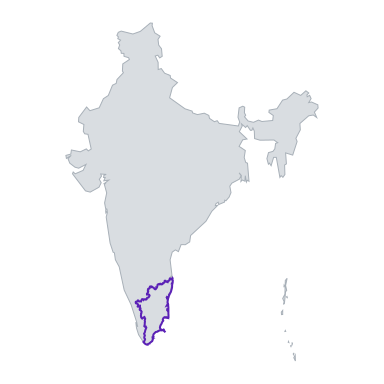 location of Tamil Nadu within India
{"feature_id": "IND-3263", "entity_name": "Tamil Nadu", "entity_type": "State", "adm_level": 1, "iso_a3": "IND", "parent_name": "India", "parent_adm1": "", "projection": "equal_earth", "projection_center": [78.435, 10.806], "detail": "fine", "context": "in_parent", "style": "outline", "palette": "violet", "viewbox_px": 384, "rotation_deg": 0, "n_neighbors": 0, "source": "natural_earth", "source_scale": "10m", "svg_char_len": 9162}
<svg xmlns="http://www.w3.org/2000/svg" viewBox="0 0 384 384"><path d="M65.9,155.4L70.8,154.1L71.4,150.0L80.3,151.8L86.3,148.9L88.3,150.9L91.2,149.0L88.0,134.3L84.7,133.8L83.3,131.4L83.9,124.5L78.5,121.8L78.8,117.4L86.6,107.0L89.9,110.7L99.2,107.8L103.4,98.7L108.3,95.5L112.5,85.2L116.2,83.4L117.0,79.5L123.4,72.7L122.4,71.0L122.8,63.9L129.4,59.5L128.6,57.7L124.0,56.3L123.9,53.4L121.3,53.3L120.9,50.8L118.4,48.6L119.7,45.0L118.3,42.6L120.6,40.1L117.8,38.7L118.4,36.9L116.9,35.4L118.3,32.3L121.2,31.1L132.9,34.0L140.3,31.4L150.3,23.0L152.4,23.2L152.1,25.7L154.7,32.8L160.1,36.2L158.0,39.4L158.7,45.1L161.5,48.8L162.2,56.3L159.7,57.9L157.8,55.2L155.2,56.0L158.1,62.3L158.2,69.5L161.3,68.6L164.6,73.2L170.2,75.5L170.5,78.0L177.5,82.6L172.4,87.5L169.6,97.8L185.0,108.8L192.1,111.1L192.6,112.9L197.4,114.6L204.3,113.2L208.8,115.4L209.5,118.4L214.4,121.7L217.2,120.7L219.2,123.4L238.3,126.0L239.7,122.0L238.0,117.3L239.1,107.9L242.8,106.2L244.7,107.2L244.4,112.8L245.7,115.2L244.5,116.8L248.1,121.0L253.5,122.3L258.5,120.1L261.9,121.5L272.7,120.5L273.3,115.5L268.9,112.4L269.2,110.1L277.0,108.7L282.6,100.1L286.9,99.0L294.0,92.3L300.7,95.4L305.9,90.8L308.8,93.0L306.9,94.9L307.2,96.8L309.6,95.3L311.1,98.6L308.7,102.6L311.5,102.0L317.8,104.8L318.1,108.0L314.4,112.1L316.7,117.5L313.3,115.0L308.7,115.8L299.9,123.5L300.3,129.9L295.9,138.3L297.1,141.5L292.7,155.1L285.6,152.9L286.4,163.9L284.6,165.0L284.9,174.5L282.9,177.3L281.1,175.6L279.9,177.4L276.3,157.4L273.6,157.4L271.1,165.7L269.4,163.1L268.4,164.2L266.9,158.6L268.5,152.6L272.9,151.4L274.8,148.9L275.6,143.4L277.7,142.7L274.0,140.0L260.0,140.2L254.6,138.6L254.3,131.1L252.9,127.9L251.9,130.3L250.4,130.3L247.2,125.6L245.6,127.5L241.5,123.9L242.2,126.1L239.3,131.7L247.0,139.0L242.7,139.8L239.1,146.4L245.3,150.5L244.2,157.5L245.7,162.4L247.5,163.2L249.0,181.3L247.3,180.2L246.4,182.1L245.3,175.7L244.9,181.2L242.3,180.0L240.9,181.5L241.4,175.5L239.1,172.8L241.1,175.8L239.3,179.2L231.9,183.1L229.8,186.2L231.0,192.6L229.1,197.1L225.9,200.8L224.7,200.2L224.5,202.1L218.8,204.5L218.2,202.2L215.9,203.7L215.3,205.7L217.7,205.3L211.8,211.3L206.0,221.2L190.6,235.5L189.7,241.9L185.3,244.7L181.1,244.6L178.4,251.6L175.4,249.9L172.2,252.1L170.1,259.8L172.4,279.0L171.1,276.2L170.2,277.5L172.8,280.5L167.0,305.3L168.4,306.7L168.3,317.4L163.6,318.2L160.2,326.6L160.9,329.4L164.4,331.1L160.5,330.2L155.5,332.2L153.4,334.8L152.2,341.0L147.3,344.7L143.2,341.8L138.6,334.7L136.5,328.0L135.8,322.2L137.7,326.9L136.7,322.2L131.1,304.7L124.2,290.1L119.2,266.8L115.4,259.8L114.4,252.8L113.1,252.2L110.1,243.1L106.2,217.0L107.4,212.5L107.2,210.9L105.9,213.0L105.7,211.8L105.8,209.2L107.3,209.4L105.6,208.4L104.6,202.9L106.7,192.9L104.4,184.6L105.4,183.4L104.3,183.5L108.8,180.1L103.8,180.8L105.2,177.5L103.6,177.5L103.9,175.3L106.2,174.4L100.7,174.0L101.5,176.1L99.3,179.3L101.2,182.7L99.0,187.2L90.2,192.1L85.5,190.9L72.5,173.8L73.2,172.0L75.2,173.8L83.1,170.4L86.0,164.4L78.7,168.2L75.0,167.2L69.8,163.2L68.0,158.7L71.2,155.4L66.4,158.4L65.9,155.4ZM284.5,302.6L282.7,298.5L284.9,294.2L285.3,280.5L287.1,278.3L285.6,285.6L286.7,290.4L285.6,291.7L284.5,302.6ZM295.2,355.0L295.4,361.0L293.8,357.7L295.2,355.0ZM282.7,314.5L281.5,314.6L281.3,312.1L282.7,310.4L282.7,314.5ZM291.1,345.5L291.0,347.2L290.7,345.6L291.1,345.5ZM292.5,343.1L292.0,345.4L292.1,342.9L292.5,343.1ZM294.0,352.9L293.6,354.7L293.2,354.0L294.0,352.9ZM285.7,331.4L284.9,331.5L285.3,330.5L285.7,331.4ZM284.2,303.5L283.4,304.4L283.8,302.9L284.2,303.5ZM287.0,296.5L287.5,298.2L286.5,296.9L287.0,296.5ZM288.9,342.6L288.2,342.3L288.5,341.4L288.9,342.6ZM284.2,285.5L283.9,287.3L284.1,285.3L284.2,285.5Z" fill="#d9dde1" stroke="#a8b0b8" stroke-width="1"/><path d="M168.4,311.4L168.4,314.1L168.5,314.6L168.5,316.7L168.5,317.7L168.4,317.8L167.9,318.0L167.7,317.9L167.8,317.7L167.6,317.5L166.4,317.3L166.3,317.5L166.7,317.5L167.1,317.8L167.6,317.8L167.7,318.0L165.7,317.6L166.2,317.3L166.2,317.2L165.8,317.2L165.5,317.2L165.5,317.3L164.9,317.5L164.7,317.5L164.3,317.3L163.5,318.0L163.2,318.4L163.1,318.9L163.0,319.0L162.8,319.3L162.9,320.2L163.0,320.6L163.2,320.8L162.9,321.2L162.5,321.6L162.0,322.6L161.8,323.1L161.6,323.4L161.6,323.7L161.1,324.4L160.5,325.3L160.5,325.7L160.2,326.1L160.1,326.6L160.0,327.2L159.9,327.7L160.0,327.9L160.1,328.4L160.4,328.8L161.1,329.6L161.4,329.8L161.8,329.9L163.0,330.0L163.6,329.5L163.8,329.6L163.7,330.1L163.9,330.5L164.8,331.5L164.7,331.6L164.0,330.9L163.4,330.4L162.2,330.1L161.9,330.3L161.5,330.4L161.0,330.1L160.6,330.1L160.3,330.1L160.1,330.4L159.8,330.4L159.3,330.5L159.0,330.7L158.7,330.8L158.3,331.2L157.8,331.2L157.7,331.3L157.5,331.6L157.4,331.7L156.1,331.9L155.7,332.0L155.4,332.3L153.8,333.9L153.6,334.2L153.3,335.0L153.2,336.0L153.1,336.5L153.3,336.3L153.5,336.3L153.6,336.0L153.6,336.3L153.5,336.5L153.2,336.7L153.1,337.1L152.9,337.4L152.9,337.5L153.0,337.6L152.7,337.6L152.9,338.0L153.0,338.4L152.8,339.7L152.7,340.0L152.4,340.4L152.2,341.2L151.7,341.5L149.9,342.9L149.6,343.5L149.4,343.5L148.4,343.8L148.0,344.0L147.7,344.3L147.7,344.7L147.2,344.7L146.7,344.6L145.5,344.1L145.2,343.8L144.6,343.4L143.6,342.2L143.9,342.1L144.1,342.0L144.1,341.4L144.6,340.6L144.5,340.1L144.5,339.8L144.6,340.0L144.8,339.9L145.0,339.6L145.1,339.2L145.0,338.9L144.4,338.2L144.3,337.9L144.2,337.1L144.7,336.1L144.9,335.3L144.8,335.1L144.4,334.8L144.1,333.5L144.5,333.0L144.7,332.7L144.9,332.0L145.4,329.8L145.7,329.3L146.0,328.2L146.3,327.8L146.3,327.5L146.2,327.4L145.7,326.4L145.4,326.4L145.0,326.7L144.8,326.7L144.7,326.4L144.4,326.3L144.3,326.2L144.8,324.0L144.7,322.8L145.0,321.9L144.7,320.5L145.1,319.2L145.2,318.8L144.9,318.5L144.8,317.8L144.5,317.2L144.4,317.0L143.3,317.6L142.8,318.2L142.4,318.5L142.2,318.6L141.9,318.4L141.6,317.9L141.2,317.5L141.2,316.7L141.0,316.4L140.9,316.0L140.9,315.6L141.0,315.2L141.1,314.6L141.0,313.6L141.1,313.3L141.4,313.2L141.5,313.0L141.5,312.4L141.6,311.8L141.6,311.6L141.3,311.4L141.1,310.7L140.6,310.3L140.0,310.1L139.7,309.7L139.7,309.2L139.8,308.7L140.0,308.6L140.4,308.8L140.5,308.7L140.4,308.3L140.1,307.4L139.8,307.0L140.0,306.5L140.0,306.2L139.4,306.6L138.5,306.7L138.1,306.5L137.8,306.6L137.7,306.6L137.6,306.3L137.9,305.8L138.4,305.3L138.5,305.0L138.3,304.8L138.0,304.3L137.7,304.2L137.3,303.8L136.3,303.4L135.9,303.3L135.8,303.1L135.7,302.7L135.8,302.3L135.7,302.0L135.8,301.8L136.0,301.8L136.3,302.0L136.7,301.9L137.0,301.4L137.4,301.2L137.6,300.6L137.8,300.4L138.0,300.4L138.4,300.5L138.5,300.7L138.6,301.3L138.8,301.4L139.1,301.5L140.4,301.3L141.0,301.5L141.1,301.3L141.3,300.6L141.5,300.1L141.9,299.3L142.4,299.2L142.6,299.1L142.8,299.1L143.4,299.9L143.5,300.0L143.8,299.5L143.8,299.4L144.2,299.4L144.7,299.4L145.0,299.2L145.4,299.3L145.7,299.6L146.3,299.5L146.6,299.3L146.8,298.4L147.1,297.9L147.3,297.7L148.5,297.5L148.7,297.3L149.2,296.3L149.5,295.9L149.6,295.5L149.3,294.9L149.0,294.6L148.7,294.5L147.0,294.5L147.0,294.4L147.0,294.2L146.9,294.0L146.9,293.8L147.0,293.5L147.4,293.2L147.7,292.9L148.1,292.1L148.3,291.1L148.2,291.0L147.9,291.0L147.9,290.6L147.8,290.2L148.0,289.4L148.2,288.8L148.4,288.7L148.9,288.8L149.6,288.3L149.5,287.8L149.8,287.1L149.9,286.6L150.3,286.4L150.8,286.4L151.0,286.5L151.4,287.1L151.6,287.2L151.8,287.1L152.0,286.7L152.9,287.4L153.2,287.6L153.8,287.8L154.2,288.5L154.4,288.8L154.9,289.2L155.2,289.3L155.5,289.3L155.7,289.2L156.1,288.6L156.2,287.9L156.4,288.1L156.5,288.1L156.9,287.6L157.2,286.7L157.4,285.7L157.5,285.0L157.6,284.7L158.0,284.5L158.2,284.2L159.4,283.9L159.5,283.9L159.6,284.4L159.8,284.4L160.0,284.2L160.1,283.8L160.3,283.7L160.7,283.8L160.8,284.2L161.1,284.2L161.4,284.4L162.1,284.3L162.3,284.2L162.9,283.1L163.2,283.1L163.3,283.3L163.5,283.3L164.1,282.5L164.5,282.2L164.5,281.6L164.6,281.4L164.6,281.0L164.7,280.8L164.9,280.8L165.2,280.7L165.5,280.8L165.9,281.5L166.8,281.4L166.9,281.8L167.0,282.0L167.7,282.2L167.8,281.9L167.5,281.6L167.5,281.3L167.6,281.2L167.9,281.3L168.0,281.3L168.5,281.0L169.3,280.4L169.3,279.9L169.4,279.7L169.7,279.3L170.1,279.1L170.1,278.8L169.9,278.5L170.0,278.4L170.4,278.6L170.6,278.7L170.7,278.8L170.6,279.2L170.6,279.3L171.0,279.3L171.5,279.4L172.1,279.2L172.0,279.4L172.4,279.9L172.5,279.7L172.8,280.6L172.7,281.9L172.5,282.3L172.7,282.2L172.7,282.5L172.4,283.1L172.5,283.6L172.3,284.0L172.1,285.4L172.1,286.9L172.0,287.7L171.8,288.4L171.8,288.8L171.5,289.5L171.3,290.5L171.1,291.2L170.6,292.6L170.2,292.9L169.9,293.6L169.8,293.9L169.3,294.2L169.2,294.3L169.3,294.4L169.8,294.0L169.1,295.4L168.8,296.1L168.5,296.5L168.5,297.2L168.4,297.5L168.1,297.6L167.8,298.0L167.7,298.0L167.5,297.7L167.6,297.4L167.6,297.2L167.2,297.3L166.9,297.0L166.7,297.3L166.9,297.5L167.0,297.9L167.1,298.0L167.0,298.6L167.3,298.9L168.0,299.0L167.9,299.5L167.8,299.8L167.5,302.1L167.5,302.6L167.7,303.5L167.8,303.9L167.9,303.6L168.0,303.6L168.1,304.4L168.1,304.5L167.6,304.5L166.9,305.3L166.8,305.5L167.0,305.4L167.5,305.0L167.6,304.8L167.7,304.7L168.2,304.9L168.2,305.9L168.4,307.2L168.4,309.0L168.4,309.4L168.0,309.3L167.8,309.5L167.4,309.3L167.4,309.5L167.4,309.8L167.2,309.7L167.1,309.8L167.1,310.1L167.2,310.3L167.4,310.4L167.5,310.5L168.0,310.7L167.9,311.0L168.1,311.2L168.1,311.3L168.4,311.4ZM172.3,278.5L172.5,279.1L172.5,279.5L172.4,279.5L172.2,278.7L172.3,278.5Z" fill="none" stroke="#5b21b6" stroke-width="2"/></svg>